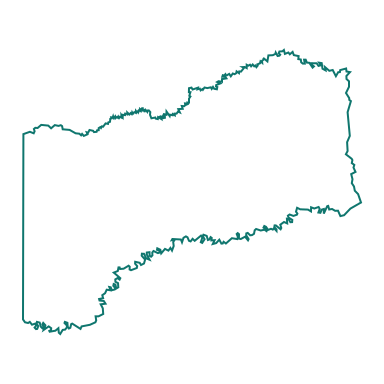 outline of Cumaribo, Vichada, Colombia
{"feature_id": "7082276B31805828490385", "entity_name": "Cumaribo", "entity_type": "district", "adm_level": 2, "iso_a3": "COL", "parent_name": "Colombia", "parent_adm1": "Vichada", "projection": "orthographic", "projection_center": [-69.558, 4.15], "detail": "fine", "context": "isolated", "style": "outline", "palette": "teal", "viewbox_px": 384, "rotation_deg": 0, "n_neighbors": 0, "source": "geoboundaries", "source_scale": "gbopen_adm2", "svg_char_len": 5924}
<svg xmlns="http://www.w3.org/2000/svg" viewBox="0 0 384 384"><path d="M111.5,118.4L110.3,118.8L110.0,121.8L108.3,122.4L108.0,123.9L105.6,123.4L103.1,126.7L102.0,126.3L101.0,128.0L100.3,127.1L98.7,128.1L98.7,130.2L97.1,130.3L96.6,131.8L94.0,132.1L93.1,130.8L89.5,130.0L88.1,132.7L86.7,132.3L87.5,134.3L83.8,135.9L82.1,133.9L81.1,135.3L79.4,133.7L75.6,133.3L69.6,129.9L62.7,129.3L62.1,126.1L60.8,125.2L58.5,125.9L54.8,125.1L51.1,128.3L48.3,125.6L41.2,124.9L37.6,128.0L35.3,127.8L33.9,129.0L34.6,131.3L33.7,133.3L29.9,131.8L23.4,134.1L23.0,319.4L25.0,322.3L28.1,323.0L29.8,321.9L32.0,324.7L35.5,323.5L36.0,325.8L34.6,327.6L36.0,329.1L37.2,328.9L38.3,326.1L36.7,323.9L37.0,321.9L39.7,322.6L40.9,326.8L42.5,328.4L43.7,327.7L42.5,324.1L43.2,322.9L45.4,325.3L43.7,329.9L48.7,326.4L51.2,328.2L51.0,330.1L49.3,330.9L49.7,331.7L55.4,330.7L58.4,328.2L58.8,332.7L60.2,334.0L62.7,329.9L65.1,329.6L66.9,327.4L66.9,325.5L64.5,323.0L64.9,321.9L67.4,322.8L67.7,326.7L68.9,328.5L70.3,327.8L71.2,324.1L72.2,323.6L80.5,328.9L81.6,326.4L89.9,324.8L95.4,322.3L96.2,320.4L95.6,316.3L98.6,316.3L103.2,314.0L102.8,308.3L100.7,304.3L105.5,303.7L103.8,301.0L99.5,300.5L99.1,299.0L103.1,298.2L102.3,295.2L105.1,293.2L106.7,289.7L110.5,290.3L109.3,287.0L110.7,287.3L111.9,290.2L114.7,289.5L115.3,288.1L113.3,285.8L113.7,284.0L115.4,284.6L116.3,288.5L118.3,287.3L118.0,283.1L115.4,281.8L115.3,279.4L117.5,278.1L119.6,279.6L120.3,278.2L113.8,272.6L117.8,271.0L118.5,267.4L119.6,267.4L120.1,269.0L123.6,268.7L128.6,265.7L129.7,266.7L129.6,269.5L131.0,270.2L136.8,268.0L137.2,266.1L135.1,263.7L135.2,261.8L139.7,262.8L141.0,265.0L144.0,263.5L145.1,259.6L141.7,255.7L141.9,253.7L144.0,253.8L146.1,258.3L149.5,259.7L146.7,254.3L146.8,252.5L149.5,252.2L149.7,255.8L151.1,256.7L152.4,255.4L152.3,252.5L153.5,251.0L157.9,253.1L159.9,252.5L159.2,250.5L157.0,249.8L157.3,248.3L160.3,249.7L161.2,253.4L165.0,248.9L168.4,250.6L170.4,247.9L172.0,250.6L173.7,246.0L173.2,241.9L174.3,240.4L173.6,239.6L171.8,240.1L172.4,239.0L180.9,239.5L182.0,242.3L183.5,237.8L185.9,236.4L187.5,237.3L189.0,240.8L190.6,241.4L192.6,238.8L194.7,240.8L201.0,235.6L202.4,237.5L200.8,242.2L202.2,242.9L204.6,239.2L202.7,236.0L203.4,234.7L206.7,235.9L207.9,240.0L209.3,239.5L210.6,237.1L211.7,237.9L211.4,240.4L214.6,240.2L212.8,244.0L216.2,243.1L219.3,239.7L221.4,243.6L222.7,243.5L223.6,241.8L225.9,243.5L231.9,238.2L237.3,239.1L237.9,237.0L236.7,234.0L237.7,233.1L239.0,234.2L238.9,238.6L240.8,239.0L245.1,236.7L248.0,240.3L248.6,239.1L246.2,235.3L246.3,233.4L247.7,232.9L250.2,235.3L252.0,235.1L254.0,233.8L254.7,230.3L256.1,229.0L260.7,230.5L264.5,229.7L266.5,231.1L266.9,229.8L263.5,227.6L264.3,226.0L266.0,226.8L268.1,229.9L271.0,228.8L272.8,229.6L274.0,228.2L276.5,230.9L276.5,229.4L274.3,227.1L274.6,225.4L275.8,225.4L280.6,229.3L281.3,228.0L280.3,224.7L284.0,222.0L287.2,223.4L286.9,218.7L288.5,219.0L290.4,222.2L292.1,222.1L292.3,219.9L288.6,217.6L287.9,215.7L289.6,214.5L293.4,215.9L296.9,214.7L297.4,213.6L296.0,211.7L297.1,207.8L300.2,209.3L308.0,209.6L311.0,211.4L311.1,207.3L314.3,208.5L318.6,207.0L319.7,208.9L318.4,212.5L320.4,212.8L321.8,209.6L323.8,209.0L323.8,213.6L327.2,206.2L328.2,205.9L329.2,209.5L332.1,209.0L335.1,210.8L338.0,210.7L340.4,216.1L344.1,215.2L350.4,208.6L361.0,202.5L358.1,194.1L354.8,190.7L354.0,186.5L351.8,183.2L352.5,179.2L351.2,174.1L355.5,171.9L353.5,167.6L354.3,164.9L351.8,163.1L352.4,160.1L351.7,158.8L345.9,154.3L347.6,151.0L347.1,142.2L349.8,135.9L347.6,112.2L350.9,101.1L349.3,99.9L349.2,98.1L346.0,93.0L349.0,86.8L349.0,81.3L346.5,79.0L346.4,76.0L350.0,72.1L346.5,71.5L346.1,68.5L340.2,70.1L339.9,72.1L338.2,72.2L335.9,76.2L332.7,70.0L329.3,70.8L325.0,67.1L325.6,70.4L322.5,68.7L321.7,63.1L319.2,62.7L320.8,65.3L318.5,65.9L316.7,63.3L311.0,63.2L311.1,64.2L313.9,66.4L312.6,67.6L309.3,62.8L306.9,62.6L305.7,59.7L304.1,59.7L304.8,63.6L302.8,63.6L301.2,62.3L300.8,59.5L298.3,59.1L298.6,56.1L293.8,55.1L292.6,51.9L289.8,54.3L288.4,52.5L284.9,53.9L283.9,50.0L282.4,51.3L279.4,51.5L278.7,53.2L280.2,54.7L279.4,55.7L277.6,56.0L275.7,52.5L275.3,54.0L272.8,55.2L268.4,55.4L267.4,61.4L263.2,57.9L264.0,59.3L262.0,60.8L262.2,62.8L260.5,61.3L260.0,63.3L257.3,64.4L257.7,65.6L256.4,67.2L255.3,65.5L254.2,66.3L252.7,64.5L251.1,66.3L250.0,64.7L248.2,65.7L246.7,64.8L246.7,68.1L244.7,67.0L242.6,67.1L244.0,67.9L241.0,71.6L239.3,71.4L239.0,73.2L236.6,71.4L236.2,73.2L234.6,74.2L232.8,73.5L230.8,76.3L229.2,73.9L226.9,75.3L225.8,75.4L225.4,74.2L224.0,75.5L222.8,75.2L222.3,76.7L225.1,76.5L226.4,78.4L222.0,79.1L222.0,81.8L218.6,81.2L217.2,82.0L220.2,83.5L216.2,85.0L216.0,86.5L217.3,87.0L216.9,89.3L214.2,88.8L213.0,86.9L211.7,88.9L210.8,87.3L207.3,88.1L204.5,87.5L202.9,89.8L202.4,89.1L200.6,90.4L199.8,88.6L197.5,89.3L197.9,87.7L192.6,89.5L191.5,87.6L189.0,88.2L188.9,92.2L190.4,92.2L189.3,95.8L190.4,96.5L189.0,98.7L189.0,102.5L187.7,102.5L188.2,103.3L188.1,103.9L185.9,104.9L186.0,103.5L185.0,103.4L185.3,105.2L184.1,106.2L181.8,106.0L182.7,108.8L178.3,109.1L179.8,112.4L178.0,111.6L176.6,113.6L174.7,113.6L174.8,115.3L172.7,114.0L172.5,114.6L172.9,115.1L172.8,115.3L170.0,114.7L169.7,116.1L166.5,111.5L166.4,114.8L163.9,114.1L163.3,115.3L164.8,115.3L164.9,117.8L163.1,118.1L163.6,117.2L162.2,116.8L162.8,119.2L160.5,116.4L159.6,116.8L160.6,118.6L158.1,117.1L157.8,119.1L155.7,118.6L155.3,117.5L151.4,118.3L150.0,114.8L150.3,112.1L148.8,110.4L147.6,110.5L147.3,111.9L145.4,109.8L144.4,112.1L144.3,110.0L142.5,110.5L142.8,108.3L142.1,108.2L140.8,109.7L140.2,109.2L140.4,110.9L139.3,110.1L138.4,112.1L138.0,111.1L136.9,112.3L135.9,110.9L135.7,112.8L134.0,111.7L134.9,112.5L133.1,112.6L133.1,114.5L132.1,112.5L131.7,114.1L130.6,113.1L129.5,114.5L127.4,112.6L127.8,115.3L127.0,113.8L125.1,113.6L125.0,115.1L122.8,114.8L122.7,117.1L121.4,115.1L121.5,117.6L120.0,116.8L119.1,118.0L118.3,116.6L117.8,117.7L116.9,117.0L115.4,118.3L115.1,116.4L113.6,118.0L113.1,116.3L112.7,117.4L111.2,117.3L111.5,118.4Z" fill="none" stroke="#0f766e" stroke-width="2"/></svg>